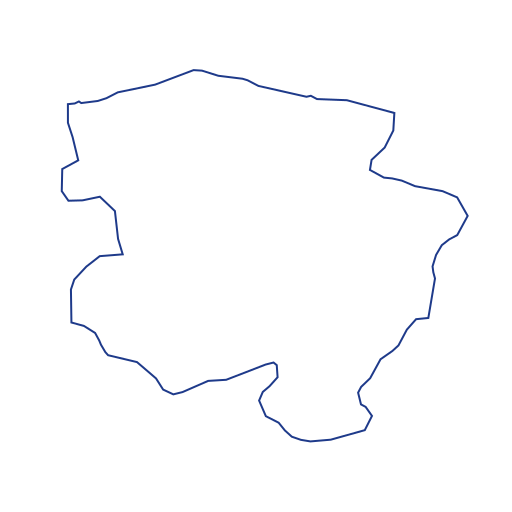 an SVG outline of Kastamonu, rotated 7°
{"feature_id": "TUR-2270", "entity_name": "Kastamonu", "entity_type": "Province", "adm_level": 1, "iso_a3": "TUR", "parent_name": "Turkey", "parent_adm1": "", "projection": "mercator", "projection_center": [33.677, 41.441], "detail": "fine", "context": "isolated", "style": "outline", "palette": "blue", "viewbox_px": 512, "rotation_deg": 7, "n_neighbors": 0, "source": "natural_earth", "source_scale": "10m", "svg_char_len": 1270}
<svg xmlns="http://www.w3.org/2000/svg" viewBox="0 0 512 512"><g transform="rotate(7 256 256)"><path d="M50.8,128.2L57.5,126.7L61.4,124.2L63.9,125.5L80.1,121.4L88.3,117.6L98.9,110.4L135.0,98.2L171.4,79.1L179.8,78.6L196.6,81.7L221.0,81.7L226.2,82.6L237.7,86.9L286.7,91.8L290.9,90.3L297.4,92.8L327.2,90.3L375.9,97.2L375.9,97.3L377.0,114.7L370.5,132.7L359.0,146.5L358.6,156.7L373.4,162.6L381.6,162.4L391.5,163.4L405.3,167.3L433.3,168.9L448.5,173.3L461.2,190.4L453.2,210.7L445.8,215.9L439.1,222.6L434.6,233.0L432.5,244.8L434.0,250.6L436.4,256.5L434.6,296.5L422.6,299.2L414.7,310.7L408.3,327.4L402.9,333.7L392.2,343.3L384.2,363.4L376.3,373.1L374.0,379.2L378.3,390.5L383.2,392.4L390.6,400.6L385.2,415.6L352.6,429.2L332.6,433.4L323.0,433.0L313.6,431.0L305.9,425.6L298.8,418.7L285.3,413.8L276.7,399.1L279.3,390.1L285.3,383.6L292.2,373.7L289.9,361.8L286.4,359.6L278.7,362.6L241.5,382.5L223.7,385.8L199.7,400.0L190.8,403.4L180.1,399.9L171.7,389.7L150.8,375.8L121.3,372.5L118.2,369.8L112.9,362.9L110.7,359.0L105.7,352.0L93.8,346.4L80.9,344.5L76.4,311.8L78.5,301.5L88.9,287.2L100.9,275.2L123.5,270.6L117.0,255.8L110.5,228.6L93.8,216.2L77.1,221.9L63.1,224.0L55.3,215.3L53.1,193.3L67.9,182.7L59.5,160.4L53.1,146.7L50.8,128.2Z" fill="none" stroke="#1e3a8a" stroke-width="2"/></g></svg>